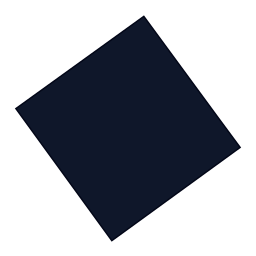 the district of Baylor, Texas, United States of America, rotated 144°
{"feature_id": "52423323B2493878028026", "entity_name": "Baylor", "entity_type": "district", "adm_level": 2, "iso_a3": "USA", "parent_name": "United States of America", "parent_adm1": "Texas", "projection": "natural_earth1", "projection_center": [-99.301, 33.616], "detail": "fine", "context": "isolated", "style": "filled", "palette": "ink", "viewbox_px": 256, "rotation_deg": 144, "n_neighbors": 0, "source": "geoboundaries", "source_scale": "gbopen_adm2", "svg_char_len": 235}
<svg xmlns="http://www.w3.org/2000/svg" viewBox="0 0 256 256"><g transform="rotate(144 128 128)"><path d="M48.7,46.4L49.0,83.9L49.6,209.0L207.3,209.6L207.3,46.4L48.7,46.4Z" fill="#0f172a" stroke="#020617" stroke-width="1.5"/></g></svg>